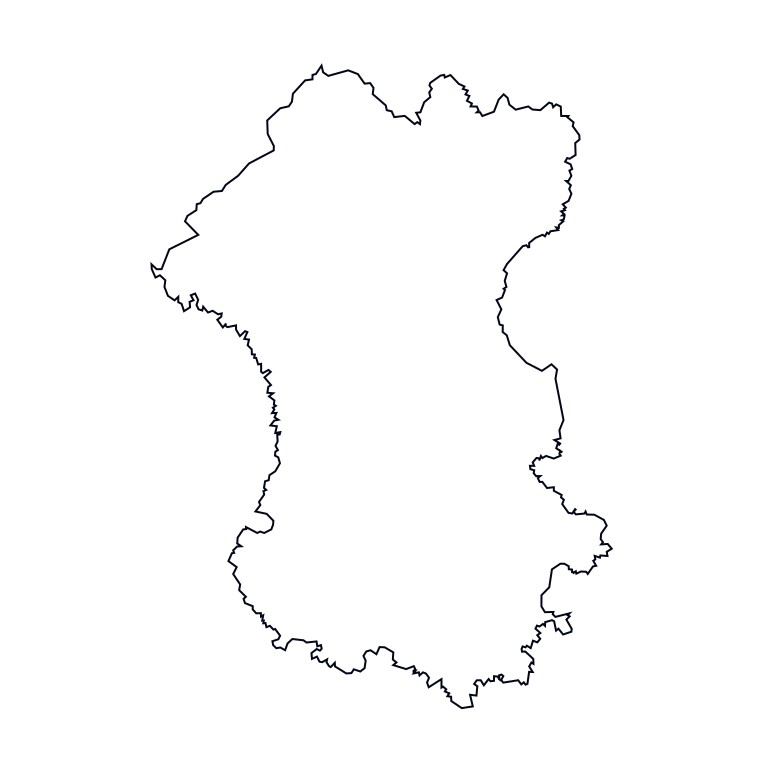 Santo Amaro Abade, Tarrafal, Cabo Verde, rotated 186°
{"feature_id": "66160863B37752467633472", "entity_name": "Santo Amaro Abade", "entity_type": "district", "adm_level": 2, "iso_a3": "CPV", "parent_name": "Cabo Verde", "parent_adm1": "Tarrafal", "projection": "mercator", "projection_center": [-23.726, 15.266], "detail": "fine", "context": "isolated", "style": "outline", "palette": "ink", "viewbox_px": 768, "rotation_deg": 186, "n_neighbors": 0, "source": "geoboundaries", "source_scale": "gbopen_adm2", "svg_char_len": 6131}
<svg xmlns="http://www.w3.org/2000/svg" viewBox="0 0 768 768"><g transform="rotate(186 384 384)"><path d="M479.4,694.1L484.1,685.2L487.4,683.9L487.0,679.5L494.2,677.7L504.9,663.2L505.1,655.1L507.7,650.2L516.0,647.4L527.7,633.9L525.8,620.5L518.4,609.1L518.1,604.8L541.3,589.2L550.8,575.9L562.2,565.5L565.4,559.0L573.6,557.4L583.3,549.2L585.5,544.6L589.0,543.3L588.8,537.3L597.1,530.6L598.9,525.0L584.3,512.9L611.6,495.5L617.2,475.0L622.1,474.4L627.7,478.7L627.0,474.1L622.4,466.0L618.2,468.7L612.3,464.3L612.5,457.6L608.1,449.1L601.0,445.3L597.7,449.2L597.2,443.9L593.6,442.5L590.5,435.5L584.9,440.0L585.9,445.4L582.2,447.4L585.4,452.0L581.3,454.2L577.6,448.3L578.7,443.0L576.2,438.9L572.4,438.1L571.9,442.0L566.5,436.7L562.1,438.9L556.3,436.0L552.8,437.2L552.9,433.9L556.5,430.5L550.2,423.4L547.4,427.6L548.0,425.5L545.7,424.2L537.3,426.8L536.8,422.6L532.3,416.6L527.7,422.0L525.3,421.4L527.6,414.2L522.9,414.1L523.6,408.2L519.2,404.7L518.5,399.7L515.5,399.8L515.9,396.5L513.8,396.5L511.2,390.3L508.3,391.2L507.5,383.4L505.7,382.1L500.4,385.9L497.9,384.2L503.6,378.1L496.3,371.1L498.8,369.1L499.1,363.1L493.3,363.2L497.1,359.7L491.3,356.2L491.4,352.0L489.3,351.0L492.0,348.8L490.4,347.3L492.3,343.3L488.0,344.0L489.4,339.4L485.3,337.4L489.4,336.1L492.6,330.9L486.2,330.8L487.0,323.9L482.1,325.3L482.5,322.9L484.9,322.5L483.8,315.7L485.4,311.1L482.6,307.2L485.0,305.3L484.9,301.4L481.5,300.0L479.2,294.3L483.0,285.8L488.4,281.4L488.6,276.3L492.1,274.8L492.5,268.2L490.1,266.3L492.7,264.9L491.6,261.5L496.0,253.6L494.3,250.7L498.5,243.8L487.1,242.6L479.7,236.4L479.6,232.4L480.9,227.6L487.6,223.3L491.7,224.3L494.5,222.6L506.3,227.3L505.9,225.3L508.8,224.7L513.5,215.9L513.3,210.1L509.0,207.7L513.1,207.0L516.6,202.8L515.4,200.4L517.6,199.8L520.2,191.6L511.4,186.5L514.1,179.2L506.1,169.6L506.5,163.8L499.1,157.9L501.2,155.7L499.4,151.6L491.3,149.3L491.0,146.1L487.1,142.6L482.5,143.2L482.0,139.8L480.0,141.3L480.4,135.9L478.8,136.2L479.0,133.4L476.9,133.9L475.5,129.9L472.2,131.6L468.3,128.2L466.7,129.0L461.0,122.8L462.4,119.1L468.1,116.5L466.9,112.7L463.5,110.0L459.5,111.1L454.5,108.9L452.8,115.9L448.5,120.8L437.3,120.7L434.1,118.8L424.2,120.9L422.9,116.2L419.4,117.7L418.3,114.2L419.9,112.1L423.2,113.4L428.0,108.8L426.9,103.1L422.2,105.9L419.1,101.1L416.4,100.9L411.8,104.2L412.1,101.3L409.1,97.6L407.4,96.9L403.8,101.6L403.2,98.0L391.2,92.2L386.2,93.1L384.2,97.1L377.5,95.6L373.6,99.4L373.3,106.9L376.0,111.4L373.7,116.1L369.6,117.8L363.3,114.5L360.9,121.9L355.8,122.2L346.7,118.1L346.4,110.9L342.5,108.4L345.4,105.4L332.2,102.8L324.8,106.5L323.1,103.6L324.7,101.7L324.5,100.8L323.0,101.6L324.2,99.3L319.2,100.9L318.2,97.9L315.1,101.3L312.0,100.4L308.5,96.6L310.0,91.6L307.8,87.1L296.0,96.5L295.1,88.1L293.7,89.2L290.2,86.9L291.3,84.6L286.8,83.2L288.3,80.1L284.6,80.0L283.9,75.7L272.8,69.8L262.0,72.6L265.9,83.9L259.5,83.8L259.6,93.2L263.0,95.1L260.8,99.0L256.8,99.5L253.2,94.8L249.1,101.5L247.1,99.5L243.6,100.3L244.0,104.9L240.1,104.9L239.0,102.8L238.3,102.3L239.1,106.3L236.8,107.3L234.8,106.0L236.5,101.9L234.2,99.5L219.6,103.4L216.0,99.6L213.8,101.9L211.8,99.8L210.0,100.8L209.6,112.9L206.0,113.1L210.1,118.3L208.3,122.4L206.1,121.3L206.8,126.2L215.5,132.7L218.7,132.2L219.5,134.9L218.7,137.5L215.7,136.9L214.6,138.7L210.5,136.6L209.0,144.3L204.5,143.1L202.0,146.9L205.3,150.2L202.5,152.7L207.8,156.5L206.6,159.7L204.0,159.1L200.8,162.0L198.6,160.3L198.8,164.0L192.2,166.7L190.0,165.8L187.1,156.7L184.9,158.9L179.7,153.6L171.8,157.2L171.7,160.1L178.0,168.8L175.1,172.3L177.2,173.3L175.6,175.3L189.2,170.3L192.1,172.7L191.7,175.0L200.1,173.9L204.2,179.3L205.3,190.4L198.4,199.1L197.6,217.2L189.8,223.7L185.9,224.1L181.3,222.1L180.8,219.1L177.6,219.1L177.3,216.6L175.2,216.7L176.4,215.3L173.7,217.8L172.9,215.5L168.5,218.1L163.3,218.4L161.5,216.4L157.1,224.4L154.0,225.4L157.4,230.0L155.5,231.6L156.5,235.1L151.1,233.9L150.9,236.1L143.8,236.3L144.9,240.4L140.3,244.0L144.8,248.3L151.2,247.2L149.7,249.6L152.3,252.4L152.4,257.8L147.7,266.4L151.1,271.8L161.2,276.0L168.7,275.4L170.2,278.3L171.2,276.1L179.5,274.4L182.1,276.6L180.3,279.1L180.9,279.5L183.2,274.9L187.0,275.1L194.2,283.2L193.0,287.7L196.1,289.7L195.7,292.2L203.9,295.5L204.3,299.1L211.0,297.6L216.3,303.2L219.0,302.9L221.2,306.5L219.0,308.8L223.1,308.3L225.8,310.9L225.6,313.9L229.5,314.6L230.3,317.9L226.1,318.3L227.9,321.6L224.6,326.4L221.8,326.3L221.5,324.2L220.4,328.8L218.7,326.9L215.3,329.4L207.4,327.6L200.8,331.2L202.3,333.0L201.8,335.6L201.4,335.1L200.4,334.9L200.3,335.2L206.0,338.1L204.9,343.1L203.4,341.9L202.6,343.2L208.6,346.1L202.7,348.4L204.7,356.3L201.7,366.9L214.0,407.1L213.4,416.5L219.5,421.1L228.3,413.6L244.6,420.0L262.9,435.7L267.0,445.3L271.4,448.1L272.0,454.7L275.2,455.2L277.8,462.4L275.1,470.5L280.8,479.3L275.6,482.3L273.5,490.1L275.0,491.2L272.4,493.3L274.7,499.2L273.2,507.0L277.0,509.7L274.2,516.2L260.5,535.5L256.9,536.9L255.0,535.0L253.9,535.3L254.4,539.5L248.7,545.1L241.9,549.0L239.4,547.7L237.7,551.6L235.8,550.5L234.4,553.3L226.8,555.3L229.1,557.7L226.4,557.6L226.7,560.3L222.8,564.5L224.8,565.4L222.4,566.5L222.0,570.5L224.3,570.3L222.7,571.9L225.9,574.2L222.2,575.8L223.4,577.0L221.6,578.4L225.0,581.4L219.6,585.4L217.5,592.8L220.2,597.3L218.9,601.2L224.1,604.9L221.8,605.2L219.4,610.6L221.9,615.6L219.3,617.5L221.4,622.0L227.1,624.0L225.4,627.9L222.9,627.4L217.4,631.8L219.0,643.6L215.1,647.6L215.8,651.9L223.3,660.2L222.8,664.0L229.5,668.5L228.7,669.8L235.8,669.1L237.2,678.4L242.0,680.1L244.7,676.9L246.2,680.4L249.2,681.1L257.1,672.7L265.1,672.5L269.5,675.1L281.7,670.6L288.5,674.9L291.0,681.5L295.3,684.6L299.7,678.8L303.1,666.3L314.2,660.8L316.9,664.3L320.1,663.9L318.5,665.8L320.6,669.6L326.9,669.1L325.9,672.2L331.1,674.3L329.2,679.4L333.2,680.5L331.4,684.6L336.4,685.7L335.1,688.3L341.0,690.3L350.2,698.2L355.6,695.2L356.4,697.7L360.1,696.6L369.5,688.3L370.0,685.6L367.3,682.7L369.5,678.7L367.9,674.2L373.5,668.4L376.2,658.0L380.3,657.1L375.4,649.9L375.4,646.2L378.3,647.9L380.7,645.7L391.4,652.8L401.7,650.5L404.9,656.0L409.9,656.6L411.4,661.3L425.5,671.1L425.4,677.4L429.2,681.8L434.7,680.7L442.4,689.5L452.4,692.2L471.6,684.6L477.1,687.6L479.4,694.1Z" fill="none" stroke="#020617" stroke-width="2"/></g></svg>